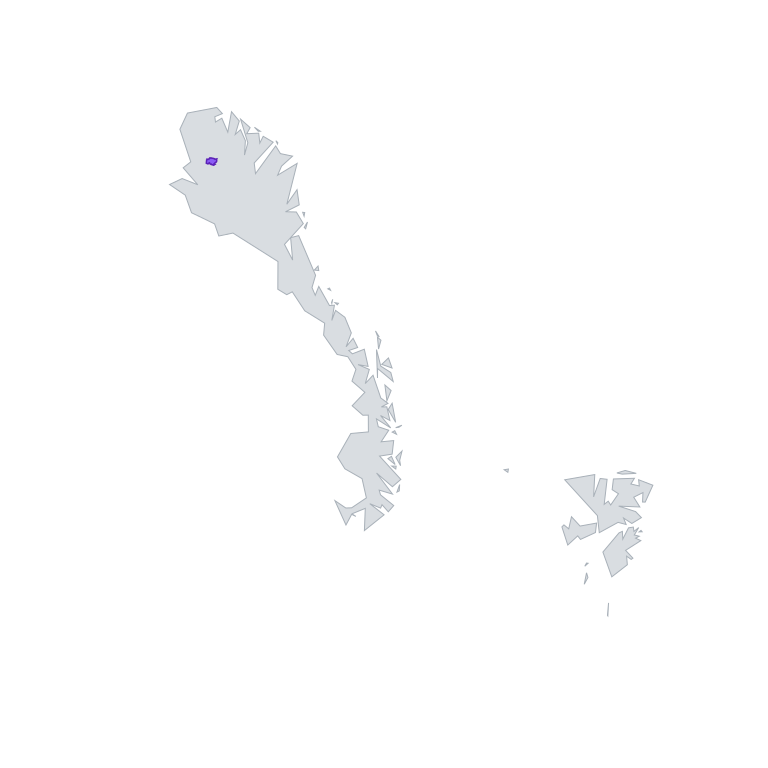 location of Hjartdal nor, Telemark, Norway, rotated 125°
{"feature_id": "86288312B76434721018946", "entity_name": "Hjartdal nor", "entity_type": "district", "adm_level": 2, "iso_a3": "NOR", "parent_name": "Norway", "parent_adm1": "Telemark", "projection": "albers", "projection_center": [8.717, 59.692], "detail": "fine", "context": "in_parent", "style": "filled", "palette": "violet", "viewbox_px": 768, "rotation_deg": 125, "n_neighbors": 0, "source": "geoboundaries", "source_scale": "gbopen_adm2", "svg_char_len": 5578}
<svg xmlns="http://www.w3.org/2000/svg" viewBox="0 0 768 768"><g transform="rotate(125 384 384)"><path d="M432.2,369.3L418.5,379.0L421.7,383.4L420.1,397.6L401.8,394.9L400.0,411.9L388.1,415.4L382.4,429.3L386.7,439.3L378.6,461.5L368.2,467.5L369.5,490.9L361.1,512.0L366.6,514.9L367.3,525.3L344.5,541.1L347.0,594.3L357.5,604.2L350.0,614.6L354.1,639.9L343.3,655.1L343.6,674.1L331.5,667.2L327.6,650.8L322.1,672.5L312.9,669.7L292.4,697.3L274.8,700.4L253.4,679.6L255.2,671.5L262.1,675.9L266.1,672.3L259.3,669.3L267.3,656.4L248.4,665.1L251.6,653.4L264.9,649.0L258.0,647.4L264.2,637.1L276.5,629.6L264.5,633.9L249.3,653.4L250.8,640.7L257.7,640.0L250.4,630.5L257.9,623.9L250.4,625.0L249.5,613.5L277.4,617.1L285.4,609.9L251.1,609.3L254.7,601.0L249.8,589.6L264.3,592.9L274.0,590.9L253.1,581.7L292.5,566.7L274.7,566.7L285.9,556.2L299.4,563.5L293.4,554.5L298.9,542.1L326.7,545.6L334.9,529.9L317.7,544.4L311.4,539.0L334.2,502.4L346.3,498.3L350.8,491.2L341.5,493.4L351.0,473.7L347.9,469.8L361.9,463.2L351.5,465.9L351.8,454.3L360.9,440.1L375.3,436.4L364.3,435.5L369.2,426.5L376.8,432.1L377.4,427.2L366.8,420.1L378.7,407.1L383.0,416.4L380.5,404.4L394.4,399.6L383.1,398.0L397.3,378.6L397.6,369.6L404.3,373.0L401.1,368.6L410.5,358.2L411.8,368.8L416.1,353.3L416.9,370.2L422.3,364.2L419.2,353.6L433.0,353.2L424.8,343.6L436.8,337.1L445.6,346.3L452.5,315.5L463.3,318.2L461.2,339.0L469.3,313.9L473.7,327.1L476.8,323.3L478.0,306.3L486.2,307.2L484.0,316.4L487.6,315.6L490.2,327.0L491.1,308.9L515.3,316.0L496.6,328.0L508.7,335.8L521.3,334.3L507.7,357.3L507.5,344.2L504.0,339.5L487.4,333.1L474.1,347.7L475.9,367.4L470.4,380.3L443.6,382.8L432.2,369.3ZM345.8,96.5L356.1,101.0L356.4,110.9L360.2,105.1L363.1,112.9L382.3,122.4L369.4,133.7L358.8,181.0L337.3,159.4L356.2,147.6L337.4,152.7L334.1,146.6L356.3,134.6L351.4,133.1L353.1,128.9L339.4,129.0L339.7,136.5L330.2,141.6L317.6,124.8L324.3,124.4L321.1,116.4L316.4,120.5L312.7,105.7L330.9,102.3L332.4,104.5L324.4,109.6L333.5,114.5L338.0,103.9L349.4,121.7L344.2,104.7L345.8,96.5ZM365.0,83.8L381.7,90.7L383.9,80.2L385.9,80.9L385.9,86.5L392.5,81.0L411.3,86.8L396.1,108.3L371.2,106.1L368.0,104.2L374.1,99.4L361.6,101.2L358.2,97.7L361.4,94.7L355.5,93.0L364.1,92.4L362.3,87.6L366.0,89.5L365.0,83.8ZM384.4,125.6L398.6,133.9L397.3,138.2L410.5,141.1L399.0,156.3L396.2,155.8L396.7,149.6L385.2,154.3L387.9,141.9L376.0,130.1L384.4,125.6ZM375.0,398.1L382.8,392.8L360.1,409.9L371.2,396.9L370.7,385.0L376.7,377.9L375.0,398.1ZM385.3,374.4L396.1,372.0L384.3,382.7L385.3,374.4ZM395.1,366.3L408.7,352.5L402.5,365.9L395.1,366.3ZM312.5,126.1L321.2,137.2L323.3,142.2L316.5,136.8L312.5,126.1ZM366.3,386.6L369.2,397.1L360.1,395.3L366.3,386.6ZM441.4,323.6L437.2,332.3L428.6,330.8L437.5,327.4L441.4,323.6ZM443.6,328.7L442.9,338.0L439.0,336.4L443.6,328.7ZM349.9,411.6L358.5,408.5L349.4,416.2L349.9,411.6ZM445.4,68.2L434.5,74.5L445.6,67.6L445.4,68.2ZM425.5,106.0L433.2,105.1L422.5,109.8L425.5,106.0ZM457.4,313.5L462.8,310.2L465.1,311.4L457.4,313.5ZM446.9,325.6L446.8,330.6L444.3,326.9L446.9,325.6ZM418.0,344.9L418.7,349.7L416.1,348.4L418.0,344.9ZM385.3,231.9L385.3,236.4L382.3,233.3L385.3,231.9ZM418.1,115.0L414.5,115.4L413.8,114.0L418.1,115.0ZM328.5,502.5L330.6,506.4L325.2,505.7L328.5,502.5ZM407.5,345.7L410.9,347.0L413.1,349.4L407.5,345.7ZM357.0,87.8L358.8,90.2L356.5,89.5L357.0,87.8ZM301.5,539.2L295.2,539.6L301.8,537.2L301.5,539.2ZM292.4,545.7L290.0,549.1L289.0,547.3L292.4,545.7ZM348.1,417.4L345.4,421.4L348.2,414.8L348.1,417.4ZM249.1,632.0L248.0,637.4L247.9,630.3L249.1,632.0ZM345.5,470.8L344.0,467.6L345.9,467.7L345.5,470.8ZM508.6,331.1L509.2,335.0L508.7,334.4L508.6,331.1ZM347.4,473.7L344.0,474.6L348.0,472.9L347.4,473.7ZM337.9,481.5L338.3,484.6L336.7,483.7L337.9,481.5ZM248.5,608.9L246.7,612.1L247.2,609.4L248.5,608.9Z" fill="#d9dde1" stroke="#a8b0b8" stroke-width="1"/><path d="M301.5,657.9L302.0,657.7L302.3,657.8L302.5,657.6L302.9,657.4L303.1,657.3L303.5,657.1L304.0,656.8L304.4,656.6L304.5,656.4L304.8,656.2L305.0,656.2L305.0,655.9L305.0,655.7L304.9,655.5L304.9,655.4L304.9,655.2L304.8,654.9L304.8,654.7L304.7,654.5L304.6,654.4L304.4,654.3L304.3,654.2L304.2,654.2L303.9,654.1L303.8,653.9L303.7,653.9L303.4,653.9L303.3,654.0L303.2,654.1L302.9,654.0L302.9,653.9L303.0,653.9L302.9,653.8L302.9,653.7L303.0,653.6L303.3,653.6L303.5,653.5L303.5,653.4L303.4,653.2L303.4,652.9L303.4,652.7L303.4,652.4L303.4,652.2L303.2,652.0L303.2,651.9L303.0,651.7L303.3,651.4L303.2,651.2L303.0,650.8L303.0,650.7L303.0,650.4L302.7,650.1L302.7,649.9L302.6,649.4L302.6,649.2L302.4,649.1L302.2,649.1L301.9,648.8L301.7,649.0L301.7,648.9L301.5,648.7L301.4,648.7L301.3,648.8L301.2,648.7L301.2,648.8L301.3,649.0L301.1,649.2L300.9,649.2L300.6,649.1L300.4,649.1L300.2,649.1L299.8,649.4L299.7,649.4L299.7,649.5L299.7,649.4L299.4,649.3L299.3,649.2L299.1,649.1L298.9,649.0L298.9,648.9L298.7,648.9L298.4,648.7L298.2,648.7L297.9,648.7L297.8,648.8L297.5,648.9L297.2,649.0L296.9,649.3L296.6,649.4L296.3,649.7L296.1,649.8L296.0,650.0L295.9,650.0L295.8,650.3L295.7,650.3L295.9,650.5L296.0,650.6L296.2,650.8L296.3,650.9L296.5,651.0L296.8,651.2L296.9,651.3L296.9,651.5L296.7,651.7L296.7,651.8L296.7,652.0L296.8,652.4L296.9,652.5L297.0,652.7L297.0,652.8L297.0,653.0L297.1,653.3L297.2,653.5L297.3,653.8L297.5,654.0L297.6,654.3L297.8,654.5L297.8,654.8L297.9,655.0L298.0,655.3L298.0,655.5L298.3,655.7L298.5,655.7L298.6,655.8L298.7,656.0L298.7,656.3L298.8,656.3L299.0,656.4L299.2,656.2L299.3,656.2L299.4,656.3L299.7,656.4L299.8,656.4L300.0,656.4L300.4,656.4L300.4,656.6L300.5,656.7L300.6,657.0L300.9,657.3L301.3,657.4L301.4,657.6L301.4,657.8L301.5,657.8L301.5,657.9Z" fill="#8b5cf6" stroke="#5b21b6" stroke-width="1.5"/></g></svg>